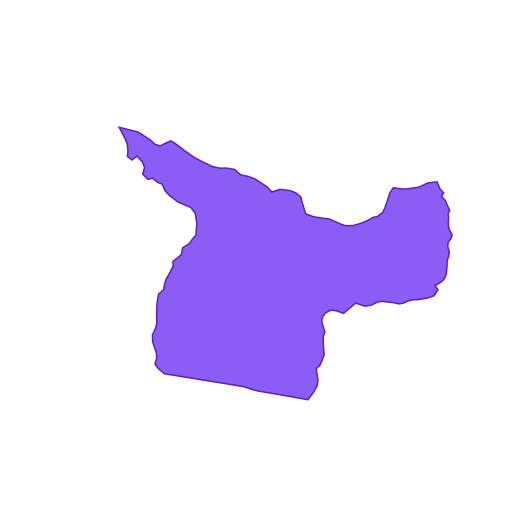 Primavera, Pará, Brazil (Equal Earth projection), rotated 296°
{"feature_id": "56859067B46461793973564", "entity_name": "Primavera", "entity_type": "district", "adm_level": 2, "iso_a3": "BRA", "parent_name": "Brazil", "parent_adm1": "Pará", "projection": "equal_earth", "projection_center": [-47.109, -0.937], "detail": "fine", "context": "isolated", "style": "filled", "palette": "violet", "viewbox_px": 512, "rotation_deg": 296, "n_neighbors": 0, "source": "geoboundaries", "source_scale": "gbopen_adm2", "svg_char_len": 2025}
<svg xmlns="http://www.w3.org/2000/svg" viewBox="0 0 512 512"><g transform="rotate(296 256 256)"><path d="M402.0,386.2L397.1,378.5L389.3,372.2L384.7,365.5L381.5,360.7L379.1,354.4L377.7,349.6L371.3,348.6L366.1,349.4L356.3,350.7L350.9,350.8L345.0,348.0L341.7,344.0L336.5,340.5L330.9,335.5L326.0,330.1L322.6,323.4L321.8,317.8L321.4,305.8L318.5,297.2L316.5,290.4L315.7,282.2L323.7,274.6L328.8,270.4L330.2,263.9L329.6,257.5L326.4,248.3L320.5,242.2L323.0,235.5L324.8,221.6L324.2,214.4L322.2,206.6L324.4,198.7L322.2,191.2L319.2,185.2L317.3,177.8L317.2,167.1L317.5,157.3L319.6,144.4L321.6,135.0L322.2,129.1L317.6,125.1L313.0,121.7L312.1,116.6L314.0,110.1L315.7,95.7L311.7,76.6L304.3,86.7L299.9,91.3L294.4,94.8L289.2,96.7L287.9,102.4L293.6,105.3L290.6,112.8L286.8,117.0L279.9,118.3L277.5,125.3L280.5,128.9L279.1,135.2L279.4,140.4L274.8,145.5L272.3,151.9L270.3,162.9L271.0,176.3L267.7,182.7L259.2,188.6L248.4,192.9L243.8,191.5L237.7,190.5L231.1,186.4L224.8,188.3L214.6,183.8L210.7,185.9L204.2,185.9L194.9,185.4L189.0,186.5L185.4,187.8L179.0,185.1L170.4,187.6L157.5,193.4L151.5,196.6L145.6,197.5L139.8,197.4L133.7,200.7L130.3,203.8L125.1,209.0L121.1,211.4L114.7,212.5L111.8,218.0L110.0,225.3L133.1,302.0L134.5,312.3L135.6,317.2L145.2,350.1L146.6,355.2L149.6,365.7L158.7,367.4L165.6,367.9L171.1,366.3L176.4,362.8L180.8,359.6L186.2,361.4L196.9,360.7L201.7,357.8L206.6,354.9L213.4,351.6L217.9,351.3L225.5,344.1L229.9,342.4L235.3,343.4L240.1,347.0L242.1,352.6L242.8,359.8L253.2,364.4L257.4,366.3L258.6,375.7L261.6,380.2L264.8,383.1L268.1,385.5L270.7,389.6L274.4,400.3L275.7,405.7L278.5,409.4L281.8,412.1L285.4,416.1L287.9,420.9L290.6,424.7L293.4,428.7L298.3,433.4L305.4,434.4L307.7,430.0L312.0,432.7L316.1,434.9L320.0,435.4L324.2,434.6L331.7,431.7L335.7,429.8L340.7,429.3L345.3,427.4L348.2,424.4L352.3,422.8L357.2,423.6L361.0,423.0L364.0,418.8L367.0,416.1L370.7,414.0L374.2,412.7L377.9,410.3L382.1,410.0L385.0,406.2L388.8,401.9L391.0,396.6L395.0,397.1L396.7,392.3L402.0,386.2Z" fill="#8b5cf6" stroke="#5b21b6" stroke-width="1.5"/></g></svg>